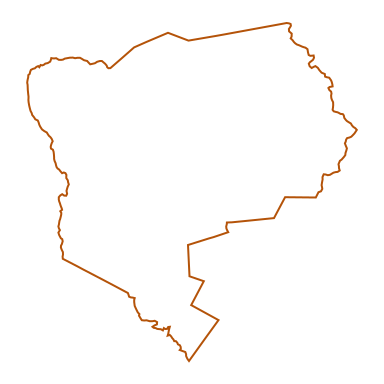 the district of Macaúbas, Bahia, Brazil
{"feature_id": "56859067B64074921984300", "entity_name": "Macaúbas", "entity_type": "district", "adm_level": 2, "iso_a3": "BRA", "parent_name": "Brazil", "parent_adm1": "Bahia", "projection": "mercator", "projection_center": [-42.712, -13.173], "detail": "fine", "context": "isolated", "style": "outline", "palette": "amber", "viewbox_px": 384, "rotation_deg": 0, "n_neighbors": 0, "source": "geoboundaries", "source_scale": "gbopen_adm2", "svg_char_len": 4021}
<svg xmlns="http://www.w3.org/2000/svg" viewBox="0 0 384 384"><path d="M62.8,258.8L78.4,266.9L83.6,269.7L104.7,280.7L125.8,291.9L127.9,293.0L128.6,295.0L129.1,296.7L130.8,297.4L132.7,297.6L134.7,298.1L134.2,299.9L134.2,302.1L134.7,305.9L135.6,307.9L136.6,310.0L137.8,312.4L139.4,314.1L139.0,315.7L140.0,317.3L140.8,318.7L141.8,320.2L144.2,320.5L146.6,320.3L149.7,321.2L152.4,321.2L154.7,320.8L157.1,322.1L156.9,324.4L154.5,325.4L152.5,326.8L153.7,327.8L155.7,328.1L157.2,328.9L159.0,329.1L160.8,329.2L162.9,330.4L163.9,328.1L165.2,329.0L167.1,328.9L168.2,327.0L169.8,326.8L169.2,328.9L168.7,331.2L168.3,333.5L167.7,335.6L169.7,334.9L171.1,336.3L172.3,338.2L173.5,339.5L174.2,341.1L175.8,341.1L177.3,342.7L177.9,344.3L179.9,345.3L180.7,347.0L180.8,348.8L179.8,350.0L182.4,351.0L185.3,352.0L186.1,354.2L186.1,355.9L186.7,357.4L187.6,359.1L189.0,361.0L205.6,337.9L218.5,320.1L191.2,305.1L203.8,281.2L189.5,276.3L188.0,245.0L209.0,238.4L213.6,237.1L228.2,232.2L227.1,230.1L226.4,228.5L226.2,226.5L226.8,224.1L226.9,222.5L232.0,222.3L248.2,220.7L274.0,218.1L277.5,211.5L285.1,197.2L315.8,197.5L318.5,192.2L321.0,191.3L322.3,188.9L322.0,187.0L321.6,185.2L322.1,182.0L322.6,179.5L322.5,177.1L323.7,174.3L325.6,174.5L327.8,175.2L330.0,174.8L333.4,172.7L335.6,172.1L337.6,171.9L339.7,170.5L339.0,168.1L338.9,166.1L338.5,164.2L339.3,162.3L339.9,160.8L341.6,159.6L343.8,157.1L345.3,155.1L345.5,153.0L346.4,150.3L346.9,148.3L345.9,146.0L344.9,143.3L345.7,141.7L346.1,139.7L347.1,138.1L349.5,137.5L351.3,136.7L353.1,134.9L354.5,133.4L355.7,131.6L356.8,129.9L355.3,128.2L353.3,126.9L351.9,125.3L350.9,123.5L348.9,122.3L347.0,121.1L345.9,120.0L344.3,117.9L343.8,115.4L342.8,114.1L340.5,113.9L339.0,113.0L337.6,112.3L335.7,111.9L333.7,111.3L332.6,109.8L333.0,107.5L333.2,105.1L333.1,102.2L331.9,99.8L331.3,98.0L331.1,95.6L331.5,93.5L331.1,91.6L329.4,90.1L328.4,88.0L329.6,87.0L332.6,86.4L332.4,84.6L331.8,82.2L331.1,80.4L329.2,77.7L326.7,77.2L325.1,76.6L324.8,74.0L321.6,72.7L319.4,70.2L317.8,67.8L315.4,66.1L313.6,66.9L311.7,68.0L309.7,66.3L308.8,63.7L309.8,62.3L311.4,61.1L313.1,59.7L314.0,57.7L313.6,55.5L311.8,55.7L310.3,55.8L308.7,55.0L308.0,52.4L307.5,49.2L305.5,47.7L303.8,47.2L302.3,46.7L299.2,45.3L296.9,44.5L295.2,43.3L293.9,42.0L292.6,40.2L290.7,38.4L291.6,36.6L291.7,33.6L289.1,31.4L288.9,29.0L290.1,27.2L290.9,25.8L290.6,24.0L289.1,23.4L286.7,23.0L224.5,34.4L216.1,35.9L188.5,40.6L168.0,32.8L146.3,42.0L134.1,47.4L122.5,57.6L110.4,68.1L108.4,68.2L107.2,67.2L106.7,65.6L105.1,63.7L103.4,62.3L101.9,61.0L99.9,61.0L97.1,61.8L95.0,63.2L93.0,63.7L90.2,64.3L88.3,62.3L87.2,61.0L85.6,60.6L84.0,60.2L81.8,58.8L80.0,57.8L77.4,57.8L75.1,58.2L72.8,57.6L69.8,57.7L64.8,58.6L63.0,59.6L61.1,59.9L58.8,59.8L56.2,58.2L54.6,58.4L52.9,58.4L51.3,58.1L50.9,59.7L50.2,61.6L47.7,63.1L45.3,63.6L43.8,64.8L42.2,65.4L40.6,65.0L39.3,67.2L38.2,66.1L36.4,66.9L34.9,68.3L32.8,68.9L30.9,69.9L30.2,71.7L29.7,73.9L28.3,75.1L28.2,77.3L27.7,79.4L27.4,81.0L27.2,82.8L27.6,84.8L27.7,87.2L27.8,90.0L28.0,92.0L28.2,94.1L28.5,96.4L28.5,98.1L28.4,99.9L28.6,102.2L29.2,105.6L29.8,108.1L30.5,110.8L31.7,113.1L32.2,115.0L33.2,116.2L34.2,117.5L35.3,119.3L37.8,120.5L38.6,122.4L39.3,124.7L40.2,126.6L42.0,129.4L44.3,131.1L46.8,132.5L48.0,134.5L49.0,135.9L50.3,137.0L51.6,138.7L52.7,141.2L51.7,143.2L51.0,145.3L50.7,146.9L51.0,148.6L52.9,149.7L53.6,151.8L53.9,154.3L54.1,157.1L54.1,158.9L54.6,161.0L55.6,163.2L56.1,165.5L56.6,167.1L57.6,168.5L59.1,169.5L60.3,171.1L62.1,173.2L63.8,172.5L65.4,173.1L66.4,174.9L66.3,176.5L66.3,178.1L67.8,180.3L68.1,182.3L68.8,184.4L67.7,186.7L67.0,189.0L66.5,190.9L67.1,193.8L66.2,195.7L64.2,195.6L62.2,194.2L60.3,195.4L58.8,197.2L58.8,199.7L59.2,201.4L59.9,203.2L60.5,205.2L61.0,206.6L61.7,208.3L62.1,209.8L60.3,211.2L61.3,212.9L61.2,214.7L60.7,216.9L60.1,219.2L59.5,220.7L59.2,222.5L58.9,224.6L58.4,226.4L58.9,228.3L59.9,230.1L58.4,232.6L59.2,235.1L60.1,236.8L60.9,238.3L62.2,239.1L62.7,241.2L61.9,244.0L61.0,245.7L60.9,247.5L61.7,249.7L62.9,252.1L63.0,254.6L62.6,256.5L62.8,258.8Z" fill="none" stroke="#b45309" stroke-width="2"/></svg>